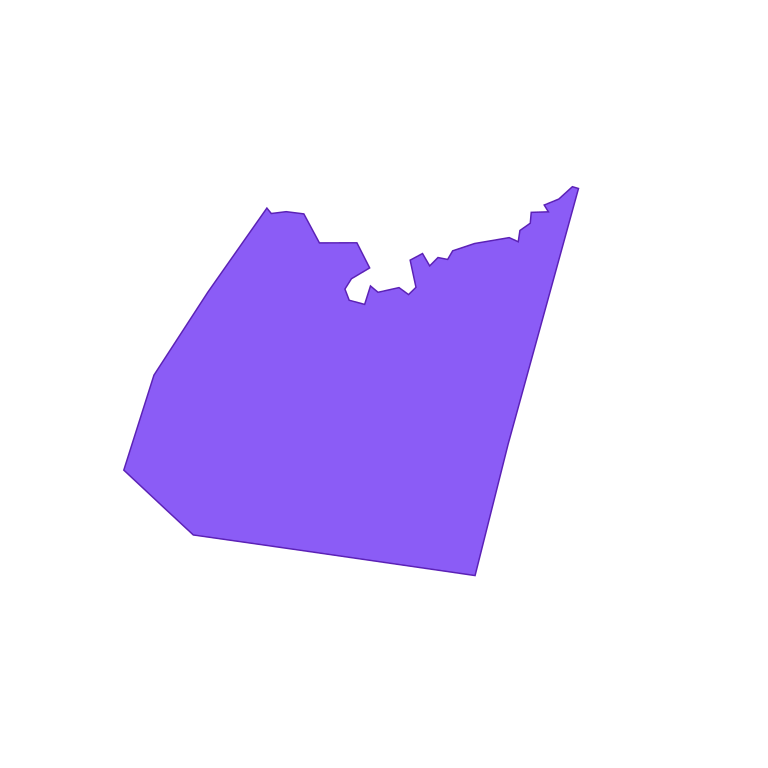 Comal, Texas, United States of America, rotated 149°
{"feature_id": "52423323B34146067891906", "entity_name": "Comal", "entity_type": "district", "adm_level": 2, "iso_a3": "USA", "parent_name": "United States of America", "parent_adm1": "Texas", "projection": "orthographic", "projection_center": [-98.378, 29.816], "detail": "fine", "context": "isolated", "style": "filled", "palette": "violet", "viewbox_px": 768, "rotation_deg": 149, "n_neighbors": 0, "source": "geoboundaries", "source_scale": "gbopen_adm2", "svg_char_len": 699}
<svg xmlns="http://www.w3.org/2000/svg" viewBox="0 0 768 768"><g transform="rotate(149 384 384)"><path d="M116.6,451.4L120.9,456.1L138.9,452.5L154.5,454.9L154.4,446.9L169.4,455.3L175.8,446.5L188.4,445.6L195.7,436.8L201.3,445.0L234.1,457.8L256.5,462.8L265.3,458.0L272.6,464.6L284.0,461.7L283.8,476.0L297.8,476.7L306.8,450.4L316.9,448.0L321.5,458.9L341.9,465.7L345.1,475.0L359.6,462.2L370.7,473.7L368.6,485.5L357.7,491.0L336.5,490.9L334.5,519.0L366.7,538.2L365.1,571.1L379.1,582.1L392.8,588.2L393.8,595.1L487.6,553.5L576.6,510.1L649.8,445.6L651.4,444.2L638.1,397.6L635.2,387.4L625.2,352.8L550.2,291.8L404.6,172.9L308.6,268.5L116.6,451.4Z" fill="#8b5cf6" stroke="#5b21b6" stroke-width="1.5"/></g></svg>